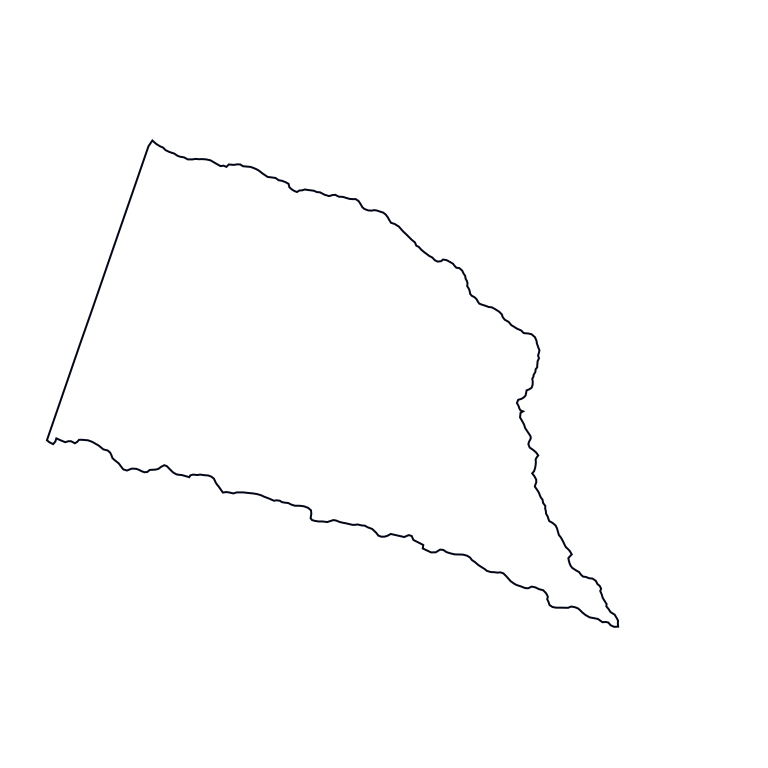 the district of Bom Jesus das Selvas, Maranhão, Brazil, rotated 109°
{"feature_id": "56859067B7435472953251", "entity_name": "Bom Jesus das Selvas", "entity_type": "district", "adm_level": 2, "iso_a3": "BRA", "parent_name": "Brazil", "parent_adm1": "Maranhão", "projection": "equal_earth", "projection_center": [-46.671, -4.525], "detail": "fine", "context": "isolated", "style": "outline", "palette": "ink", "viewbox_px": 768, "rotation_deg": 109, "n_neighbors": 0, "source": "geoboundaries", "source_scale": "gbopen_adm2", "svg_char_len": 5266}
<svg xmlns="http://www.w3.org/2000/svg" viewBox="0 0 768 768"><g transform="rotate(109 384 384)"><path d="M235.9,684.1L243.9,684.1L246.3,684.1L282.7,684.1L344.8,684.2L380.1,684.2L409.4,684.2L444.1,684.4L506.1,684.4L546.9,684.4L548.0,681.5L548.6,677.3L545.4,676.0L542.1,676.1L542.6,670.3L542.8,666.4L540.8,663.7L540.0,661.1L540.7,657.0L538.7,655.3L536.1,654.2L535.1,651.5L533.6,645.5L533.7,641.0L535.1,633.7L537.2,628.0L536.8,623.8L538.0,620.6L540.0,618.6L542.5,616.6L543.6,614.1L545.4,609.0L549.6,602.8L549.5,598.9L546.1,594.9L544.9,590.8L544.9,588.0L545.4,584.6L545.4,581.8L544.3,579.2L541.5,577.5L539.3,572.1L537.8,569.8L534.7,567.6L532.3,565.3L532.4,562.5L534.3,558.8L536.3,554.6L537.0,550.8L536.5,547.9L535.9,545.3L535.5,537.8L533.5,537.4L531.8,535.0L530.9,531.0L529.5,528.3L528.7,524.2L527.7,520.3L527.8,517.2L528.8,514.1L532.2,510.8L533.6,508.9L534.8,506.9L539.1,501.0L537.5,498.0L536.9,494.6L536.5,490.8L534.4,487.9L532.3,481.7L531.2,476.8L530.0,471.7L529.4,468.0L529.2,463.8L529.6,460.6L529.7,455.8L530.2,450.0L529.0,447.8L528.3,444.6L528.9,442.0L528.5,439.3L527.7,435.8L528.2,432.6L528.1,428.5L526.8,424.8L526.1,422.1L525.7,419.5L525.8,415.5L527.2,411.9L530.3,410.5L534.8,409.7L536.1,407.7L535.9,404.7L535.3,401.1L534.0,397.4L533.0,392.7L529.1,387.5L528.7,384.8L528.9,380.7L528.5,377.2L528.1,374.5L527.4,367.7L526.5,365.4L525.4,363.2L525.0,359.1L524.2,356.1L524.8,352.7L524.9,348.0L527.2,343.0L529.2,339.9L529.2,336.6L528.1,333.7L526.4,331.3L523.6,328.8L522.1,315.0L520.3,313.1L518.8,311.3L518.7,308.4L521.9,305.4L523.4,294.5L526.9,293.8L527.9,284.7L526.3,280.3L522.3,277.0L521.6,273.9L522.6,270.1L522.5,266.0L522.1,261.7L520.6,257.0L519.6,253.8L519.3,249.4L520.1,246.1L521.8,243.6L522.8,240.0L524.5,235.7L526.2,228.6L527.2,225.8L527.0,221.5L526.2,219.1L525.4,215.3L524.2,212.6L524.2,209.4L526.1,205.5L529.2,200.1L530.4,196.1L530.9,193.1L530.8,189.1L531.0,184.1L530.2,181.2L527.5,178.4L527.0,174.7L527.5,170.8L527.2,166.3L528.8,163.1L530.3,161.2L531.9,159.8L534.4,159.6L536.4,157.6L539.1,155.5L540.0,152.1L539.5,148.7L537.2,141.8L535.7,137.1L533.5,134.6L532.9,131.1L533.0,127.6L534.0,125.0L535.4,122.2L536.8,118.3L537.7,113.7L536.5,105.3L538.1,99.9L536.8,96.8L536.5,94.2L538.3,91.2L538.7,87.4L537.2,83.6L534.4,84.9L531.5,85.7L529.3,88.1L527.0,90.8L525.9,95.6L523.8,98.2L521.8,101.4L519.6,101.9L517.6,104.4L515.1,107.5L511.9,109.8L509.4,112.1L506.8,112.1L504.7,114.3L503.7,117.0L501.2,119.6L500.1,123.4L500.9,127.0L500.7,130.2L501.3,133.1L500.2,135.6L498.3,138.3L497.8,141.4L496.6,146.1L495.1,148.4L493.2,150.1L490.9,151.7L488.6,153.0L486.4,152.1L484.0,151.0L481.5,153.9L480.3,156.0L479.0,159.0L476.8,161.3L474.4,163.6L471.6,166.7L469.8,169.5L467.4,171.2L464.2,173.4L461.9,175.7L460.5,179.3L459.8,183.1L457.8,184.8L456.0,186.1L453.9,188.5L451.3,189.7L449.4,191.0L446.8,191.8L444.6,194.9L441.8,196.4L440.4,198.6L438.6,200.3L436.5,202.0L434.2,204.8L431.9,208.0L429.6,208.1L427.4,208.0L424.8,209.0L422.3,211.7L420.2,214.8L417.6,213.7L413.9,213.8L411.1,214.3L408.7,214.9L405.8,216.1L403.6,215.7L401.3,214.9L399.1,218.1L397.8,221.4L396.7,225.5L394.1,227.8L391.9,228.1L389.8,227.8L387.8,227.5L385.7,228.4L383.6,231.1L381.7,233.6L379.6,236.3L376.8,238.3L373.6,241.8L371.3,244.5L369.1,245.0L366.8,245.5L364.6,243.6L364.5,246.4L363.0,248.1L361.0,249.6L358.7,252.1L355.3,252.0L353.1,249.0L350.9,247.3L348.9,246.4L346.4,246.7L343.6,247.1L341.9,245.1L339.5,243.2L336.5,243.2L333.4,244.1L330.8,245.5L328.5,245.1L326.4,245.5L323.6,244.8L320.6,245.4L318.4,244.6L315.9,245.3L312.4,246.2L309.3,245.8L306.9,247.6L304.3,247.7L301.5,248.0L299.5,249.8L297.8,251.1L295.8,252.7L293.6,253.8L290.6,256.5L288.9,260.7L289.3,264.2L290.4,268.4L288.7,271.8L288.4,276.2L287.6,279.5L286.9,282.8L284.7,286.4L283.9,290.8L281.9,293.8L280.0,295.0L278.2,298.5L277.1,303.0L276.4,307.0L277.1,310.0L277.0,313.7L277.1,317.0L277.0,320.1L275.5,322.1L273.6,324.2L272.5,326.6L272.0,329.7L270.8,331.8L268.0,333.4L266.1,335.0L264.4,337.2L261.4,337.9L259.6,339.2L257.9,341.1L255.3,342.5L253.6,344.8L251.3,347.0L249.9,350.5L250.5,353.5L249.3,355.7L247.8,358.0L247.2,361.0L246.5,365.4L247.1,368.7L249.3,370.0L250.8,373.1L250.4,376.3L248.7,379.4L248.2,382.9L247.2,385.9L246.3,388.8L244.9,392.5L243.1,395.6L242.7,398.5L240.1,400.8L238.7,404.6L236.6,408.9L235.0,412.2L233.6,415.4L232.0,418.3L230.3,421.2L229.2,426.2L229.3,429.8L227.6,432.0L225.3,434.5L223.3,437.4L222.2,440.5L222.3,444.5L222.3,447.2L222.8,449.9L224.1,452.1L225.0,455.4L224.9,459.5L223.9,462.0L221.7,464.5L219.4,467.4L218.4,470.8L219.6,474.5L220.2,477.0L220.3,479.7L220.5,483.9L221.6,487.8L221.0,491.7L222.1,494.2L224.2,497.0L224.4,501.8L223.6,506.9L224.4,510.0L224.1,513.2L224.7,516.2L225.3,518.9L225.8,522.1L227.5,524.4L228.6,527.0L230.8,528.8L230.7,531.5L230.1,534.3L228.8,537.5L225.8,539.4L225.2,543.0L225.1,546.7L225.6,549.9L224.5,553.7L225.3,557.6L226.1,561.5L225.4,564.0L224.5,567.4L222.9,572.0L222.4,575.1L222.2,577.8L222.2,581.1L223.1,584.5L224.0,588.4L223.2,591.4L224.1,594.3L225.8,597.5L226.9,602.1L230.0,603.7L229.8,606.8L231.2,609.5L230.4,613.9L229.7,617.4L229.0,620.8L229.5,625.1L230.4,628.7L231.7,632.2L232.6,635.7L234.1,638.4L235.5,642.7L234.8,646.9L235.4,650.1L235.5,653.3L234.4,657.5L234.5,662.5L234.0,666.7L232.4,669.9L232.1,673.5L231.1,677.7L229.2,682.3L235.9,684.1Z" fill="none" stroke="#020617" stroke-width="2"/></g></svg>